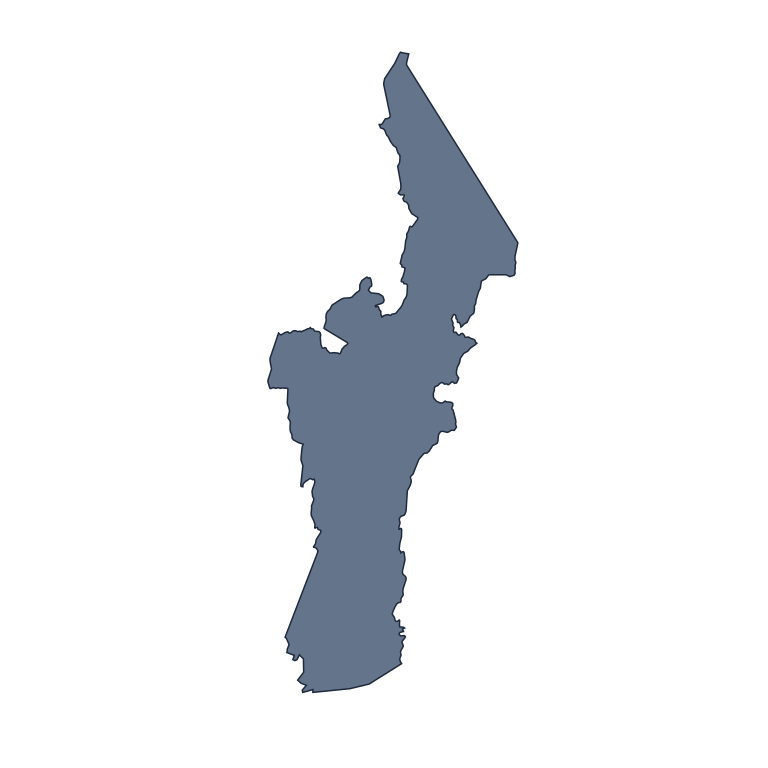 map outline of Rift Valley (Equal Earth projection), rotated 201°
{"feature_id": "KEN-890", "entity_name": "Rift Valley", "entity_type": "Province", "adm_level": 1, "iso_a3": "KEN", "parent_name": "Kenya", "parent_adm1": "", "projection": "equal_earth", "projection_center": [36.059, 0.919], "detail": "fine", "context": "isolated", "style": "filled", "palette": "slate", "viewbox_px": 768, "rotation_deg": 201, "n_neighbors": 0, "source": "natural_earth", "source_scale": "10m", "svg_char_len": 6153}
<svg xmlns="http://www.w3.org/2000/svg" viewBox="0 0 768 768"><g transform="rotate(201 384 384)"><path d="M368.1,93.8L370.3,94.0L370.5,98.5L378.5,98.5L378.6,99.8L379.3,101.7L379.2,106.0L379.6,107.1L384.0,111.6L385.6,112.1L385.6,202.7L386.0,204.6L387.1,205.6L389.1,206.7L391.2,206.4L391.5,206.9L390.7,210.1L391.5,214.4L389.9,222.7L390.3,224.3L391.1,224.7L393.4,224.6L394.6,226.0L395.2,226.2L396.7,224.7L397.2,224.9L398.0,228.1L400.3,230.9L404.8,235.2L405.9,237.7L406.9,241.6L408.0,244.2L408.0,250.0L408.4,251.8L410.3,253.3L412.7,257.9L413.1,261.1L413.1,264.7L413.5,267.9L415.0,270.1L416.3,269.1L418.6,269.4L419.4,268.9L422.6,264.5L423.2,263.0L423.6,261.3L422.9,259.0L424.2,258.7L425.0,258.9L425.4,259.5L430.3,278.1L430.8,279.1L434.1,283.1L434.9,285.0L437.4,293.9L437.9,296.4L437.8,298.8L442.7,298.6L448.3,299.3L450.3,300.4L451.7,303.5L454.2,306.0L455.3,307.7L456.6,311.0L457.8,314.8L458.8,316.0L461.5,318.0L462.5,324.9L464.3,327.8L466.7,330.3L467.7,332.1L471.9,345.0L473.4,345.4L475.1,344.5L477.4,344.0L479.1,342.8L481.4,342.7L483.6,341.1L486.2,341.0L487.4,339.6L488.5,339.0L489.0,339.1L492.7,343.8L493.4,345.0L493.7,346.2L494.3,356.6L494.5,357.9L498.7,364.7L499.6,367.1L500.7,393.8L498.4,392.9L497.6,393.0L494.9,396.5L492.6,398.2L491.9,398.1L491.2,397.6L490.4,397.7L489.0,398.9L488.0,400.8L487.2,401.4L485.5,402.1L483.5,401.9L481.2,403.3L479.9,403.0L478.9,404.4L477.2,405.8L475.2,408.1L473.7,409.0L473.0,410.3L471.8,409.5L469.6,410.0L467.7,408.5L463.6,409.6L462.1,409.1L460.6,406.9L460.2,404.7L457.1,398.3L454.5,395.4L453.7,395.5L452.3,396.8L450.9,396.7L449.4,395.1L445.8,393.6L444.8,393.8L442.3,395.2L438.0,396.4L436.4,396.2L435.8,396.8L435.6,402.1L434.9,403.3L434.5,404.9L432.6,407.5L432.4,409.1L433.3,409.6L459.8,414.3L460.3,415.7L460.5,421.5L460.9,423.1L462.2,425.6L463.0,428.8L462.7,431.5L461.3,434.4L460.8,439.0L454.4,447.8L452.4,449.6L446.9,452.2L445.2,453.4L442.5,459.4L441.0,461.3L440.5,462.5L440.6,463.9L442.1,467.9L441.8,472.0L441.5,473.0L438.5,477.5L437.8,477.7L436.5,477.0L435.4,478.1L434.8,477.9L433.5,476.6L431.2,472.8L430.7,470.9L431.8,469.6L432.2,466.1L432.0,465.8L428.8,464.4L421.3,466.4L416.7,465.5L415.9,464.8L414.0,462.4L413.8,460.7L414.0,459.8L414.8,458.6L419.9,454.4L420.2,453.7L419.4,453.0L417.4,454.2L416.7,454.0L415.4,452.0L412.9,450.6L412.1,448.2L410.0,445.7L409.5,446.0L409.0,447.4L406.0,449.9L402.3,450.5L401.6,452.1L399.3,453.4L398.0,454.8L396.9,458.7L396.0,460.9L395.3,463.9L395.3,469.6L394.4,473.7L394.8,476.4L397.6,484.8L398.8,485.4L401.4,484.8L402.2,486.1L404.2,485.7L404.8,486.1L405.2,488.1L404.8,491.0L405.3,496.8L406.0,500.0L409.2,499.8L410.0,501.3L412.0,502.3L412.1,502.7L413.3,510.8L412.7,514.8L413.1,518.0L415.1,525.4L415.2,528.4L415.6,530.1L416.5,532.1L416.0,535.7L416.4,539.9L416.0,540.6L414.3,540.8L413.9,541.2L411.7,549.9L412.1,551.5L419.2,553.0L423.6,556.7L425.2,559.7L426.3,560.8L428.4,561.9L430.3,561.8L431.3,562.2L432.8,563.9L432.4,566.6L432.8,567.6L433.8,567.6L436.2,566.4L438.9,567.1L439.1,567.6L438.2,571.6L438.7,573.7L440.1,577.0L449.3,592.2L448.8,594.9L448.9,596.7L449.9,600.3L451.0,603.0L453.8,604.7L457.4,609.2L460.1,609.8L461.7,610.6L464.9,612.8L468.9,616.5L470.7,617.3L474.2,621.1L475.9,622.0L478.9,621.9L481.4,624.2L481.5,624.5L479.8,625.2L478.9,626.2L477.8,632.0L475.3,633.5L474.4,634.8L474.2,635.7L474.6,637.1L491.6,663.5L492.2,665.4L492.8,669.4L488.9,687.1L488.0,698.1L487.4,699.7L485.5,699.8L479.2,701.1L478.0,691.8L477.2,689.9L309.6,563.8L307.4,550.0L306.1,546.6L304.5,544.8L303.9,541.1L303.0,539.6L302.4,536.5L301.3,534.3L301.4,532.4L305.0,529.3L309.0,529.8L324.3,523.9L325.4,523.2L326.6,518.8L329.9,515.1L329.6,513.2L328.4,508.0L328.8,503.6L328.1,495.3L327.3,492.3L327.5,488.8L326.3,486.2L325.6,482.7L325.8,481.7L327.9,478.4L328.5,471.2L330.5,469.1L331.9,465.7L332.6,464.7L333.8,466.8L335.4,468.3L336.0,468.4L337.0,467.9L337.6,468.1L338.7,470.4L340.2,470.9L341.0,473.0L342.2,474.0L343.3,474.1L344.0,473.5L344.4,469.4L343.9,468.4L341.3,465.6L340.9,463.4L338.9,461.7L338.4,458.6L337.4,457.4L336.7,457.3L335.8,458.0L335.2,458.1L332.8,456.5L331.5,456.4L331.0,456.7L330.1,458.7L328.7,459.4L326.2,458.0L325.2,456.8L324.2,456.9L322.2,458.1L319.2,457.7L315.8,457.8L314.7,457.4L313.2,455.6L311.9,455.4L312.8,453.5L316.3,448.4L317.4,444.9L320.6,441.0L321.9,435.4L321.1,431.1L321.6,425.6L320.8,421.4L319.6,418.7L316.4,416.4L316.4,412.5L316.8,410.8L318.5,409.9L320.9,410.7L321.7,409.9L323.2,406.9L323.9,406.3L325.5,406.6L327.6,405.5L329.4,406.2L330.7,406.0L332.1,404.6L333.1,401.9L335.1,400.2L335.5,398.7L335.3,397.5L334.7,396.1L334.6,392.9L333.1,389.4L332.2,388.5L328.9,386.7L325.3,386.5L323.2,386.9L322.5,387.5L320.8,390.0L319.3,389.6L316.2,390.7L314.1,391.0L312.7,390.3L312.0,388.5L312.1,386.1L311.8,385.2L310.1,384.4L304.2,376.1L303.1,373.9L303.1,372.5L300.9,369.7L301.7,365.9L304.5,365.0L306.4,362.5L307.6,361.5L312.3,360.9L314.1,359.8L314.9,356.6L314.3,353.6L313.3,350.4L313.1,347.7L316.5,343.9L317.7,337.7L319.0,335.0L321.3,334.0L321.9,333.2L324.1,327.2L324.5,325.5L324.6,310.5L326.1,306.9L325.8,306.1L324.0,303.6L323.5,302.2L323.2,299.1L323.9,292.6L318.0,273.7L317.7,270.7L318.2,268.7L320.4,266.8L321.2,265.4L321.4,263.7L320.8,262.4L319.3,260.2L318.6,254.9L318.0,253.8L317.5,253.9L316.7,255.2L315.9,255.1L315.3,254.4L312.9,247.6L312.1,240.9L310.7,235.4L310.3,234.7L308.4,233.6L307.7,232.5L307.3,233.3L305.9,234.4L305.2,234.1L304.6,233.4L301.4,227.5L299.7,215.8L299.1,214.2L297.9,213.1L295.2,212.1L294.0,211.1L293.3,209.3L292.8,199.8L292.0,196.8L290.6,194.3L290.5,193.4L291.3,189.9L290.4,187.4L290.3,186.6L290.7,185.9L292.3,185.0L293.4,182.8L293.9,179.7L294.1,173.5L293.7,171.9L290.7,169.9L288.9,167.3L287.8,166.7L286.3,167.3L285.2,169.1L284.5,168.6L283.6,165.5L282.3,162.9L278.5,163.9L277.3,163.5L278.8,162.0L278.1,160.8L277.2,160.3L277.1,159.9L279.8,158.0L280.4,157.0L280.3,155.9L279.0,155.0L277.9,155.0L274.7,156.4L273.4,155.7L273.5,154.4L274.8,150.6L274.7,149.4L272.5,146.9L272.0,145.7L272.7,141.3L272.5,139.5L270.9,137.0L270.9,133.5L270.2,131.8L268.9,130.4L267.3,129.3L290.4,98.5L306.7,87.3L339.9,70.6L340.9,73.2L349.3,66.9L350.6,68.9L348.5,74.9L354.2,74.9L358.5,76.6L355.7,86.1L360.7,98.5L365.9,100.8L366.5,95.3L368.1,93.8Z" fill="#64748b" stroke="#1e293b" stroke-width="1.5"/></g></svg>